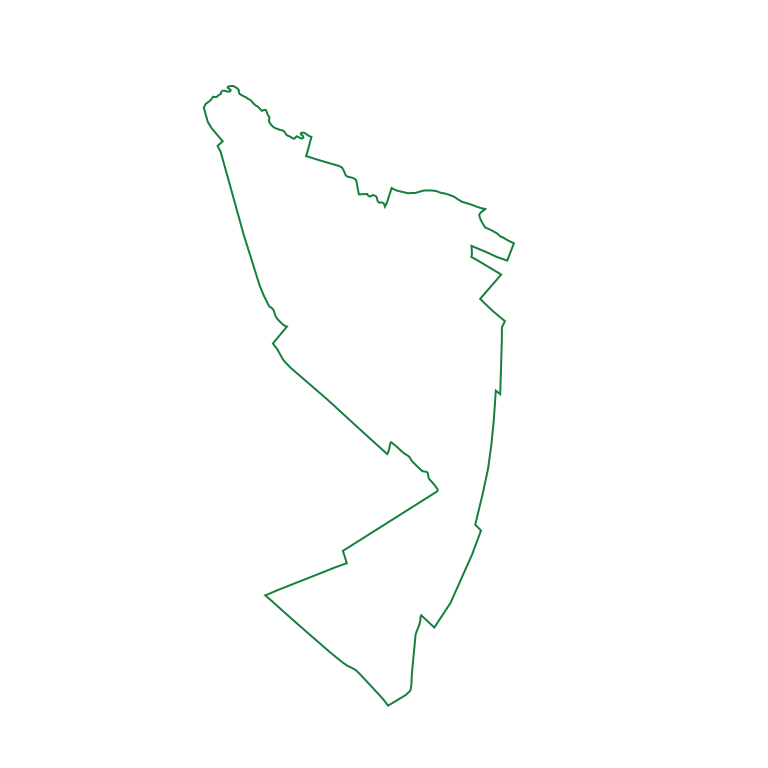 Ion Neculce, Iasi, Romania (Mercator projection), rotated 171°
{"feature_id": "2599482B50193316932914", "entity_name": "Ion Neculce", "entity_type": "district", "adm_level": 2, "iso_a3": "ROU", "parent_name": "Romania", "parent_adm1": "Iasi", "projection": "mercator", "projection_center": [26.972, 47.231], "detail": "fine", "context": "isolated", "style": "outline", "palette": "green", "viewbox_px": 768, "rotation_deg": 171, "n_neighbors": 0, "source": "geoboundaries", "source_scale": "gbopen_adm2", "svg_char_len": 3697}
<svg xmlns="http://www.w3.org/2000/svg" viewBox="0 0 768 768"><g transform="rotate(171 384 384)"><path d="M534.3,193.8L534.0,193.5L527.8,186.0L521.7,178.5L513.6,168.6L496.6,148.1L483.4,132.4L479.0,127.2L471.9,119.2L467.6,114.6L464.3,111.5L459.1,107.9L456.7,105.9L453.0,101.0L434.6,73.6L430.3,65.7L411.0,73.5L405.9,77.1L405.6,77.8L405.2,78.8L404.3,81.9L404.0,82.8L401.8,93.3L397.6,109.9L396.1,115.5L392.1,131.3L390.5,134.5L388.8,137.2L386.5,141.1L385.1,144.8L384.4,148.2L383.4,149.7L372.4,135.6L352.6,157.3L333.5,186.7L324.0,201.3L311.1,224.1L315.9,230.7L304.2,258.9L296.5,278.8L294.3,284.5L287.2,308.2L281.0,332.0L274.6,360.0L270.8,355.8L260.9,408.0L258.7,421.5L254.7,427.2L257.5,430.3L264.2,438.0L265.7,439.9L271.6,447.4L275.7,453.1L251.1,473.8L251.6,474.2L273.4,492.4L277.9,495.8L276.8,498.3L276.8,498.9L275.9,506.7L269.5,502.7L260.5,497.1L252.5,491.7L243.0,486.6L233.7,502.6L236.5,504.6L240.4,507.4L243.4,510.0L246.1,511.7L248.6,514.9L253.2,518.6L259.7,522.9L261.0,526.1L262.8,530.8L263.6,536.0L262.2,537.8L259.9,539.2L257.8,540.2L256.6,540.9L257.2,541.2L261.2,542.8L265.7,545.2L269.3,547.3L278.5,551.8L282.9,555.5L284.2,556.9L286.4,558.6L289.4,560.3L294.1,562.7L297.4,563.7L298.6,564.3L301.6,566.1L306.5,567.7L314.1,568.9L316.8,568.6L320.8,568.1L323.4,567.8L327.6,568.5L330.2,568.5L332.7,569.6L336.5,571.1L340.2,572.7L340.6,572.8L343.7,574.7L345.8,576.4L352.8,562.5L355.3,559.0L355.9,562.3L357.5,563.7L360.5,563.9L361.7,565.8L361.9,568.1L362.0,569.6L362.8,570.9L365.2,572.4L367.0,571.8L368.7,571.3L370.6,573.1L370.8,574.3L378.1,575.1L379.1,575.2L379.3,578.1L379.4,585.1L379.5,588.6L379.9,590.1L381.2,591.4L382.4,592.3L384.4,593.2L386.4,594.1L386.8,594.0L388.7,595.4L389.3,596.5L390.1,600.0L391.6,604.4L394.3,606.4L398.6,608.4L408.0,612.8L419.1,618.2L424.9,621.1L425.3,621.2L423.9,624.1L417.0,639.4L419.4,640.8L421.1,642.4L422.4,643.6L423.5,644.6L424.9,645.0L426.6,644.8L427.0,643.8L426.4,642.9L425.3,641.7L425.0,640.1L425.5,639.6L427.0,639.3L429.5,641.0L430.9,642.0L431.7,642.1L431.8,642.2L432.9,641.2L434.7,640.3L436.0,641.1L438.0,643.0L440.1,644.2L441.1,645.0L442.1,647.0L443.0,648.9L444.1,650.1L447.3,651.4L449.4,652.8L450.3,653.1L452.7,654.7L454.9,657.6L456.3,660.4L456.4,662.4L455.7,664.2L455.5,665.7L456.6,667.6L457.2,671.0L458.0,673.3L459.6,673.4L461.8,672.9L463.1,674.7L465.4,677.8L467.5,679.5L469.6,682.3L470.8,684.5L471.9,685.7L473.3,686.5L475.1,688.5L477.4,690.0L479.9,691.9L481.3,693.1L481.6,695.2L481.5,697.3L482.8,699.0L484.9,700.9L486.5,702.0L489.6,702.3L491.3,702.1L492.0,701.5L491.8,700.7L490.8,699.8L489.6,698.6L489.6,697.7L490.4,697.2L492.5,697.1L493.6,697.7L495.3,698.6L497.7,698.9L499.2,697.8L499.7,696.1L502.5,695.0L504.3,693.6L506.6,694.0L507.8,694.5L508.3,694.1L509.3,692.8L510.5,691.8L512.1,690.6L514.6,689.4L516.3,688.5L518.1,686.0L518.7,685.2L517.8,677.1L517.4,673.6L517.0,670.2L514.2,663.6L510.9,658.1L505.4,649.0L511.1,645.2L509.0,638.6L506.4,616.3L499.4,554.8L493.8,516.8L491.6,501.7L489.0,490.5L485.3,478.7L483.2,476.9L481.7,474.6L481.2,472.7L480.8,469.4L480.2,467.3L479.5,465.6L478.7,464.2L476.1,460.7L474.4,458.4L473.0,457.2L470.9,455.9L480.2,447.7L487.4,441.4L486.3,439.3L484.0,435.2L482.6,431.3L480.1,424.4L478.5,421.6L473.7,414.6L441.7,376.7L416.8,345.3L392.6,315.3L391.7,314.3L390.2,316.5L388.9,319.4L387.6,323.1L386.4,325.4L385.6,325.0L379.7,318.2L377.0,314.6L374.9,312.3L371.5,309.3L369.9,307.2L369.2,305.0L368.0,302.8L364.7,298.2L361.6,294.2L359.8,292.0L358.4,291.4L355.9,290.6L355.0,289.9L354.7,288.9L354.7,286.1L354.6,284.3L354.2,283.2L350.5,277.3L348.0,272.6L347.5,271.3L347.5,270.8L348.4,269.6L450.7,225.6L449.7,219.2L448.8,212.9L462.1,210.3L484.5,205.2L502.8,201.2L521.1,197.1L534.3,193.8Z" fill="none" stroke="#15803d" stroke-width="2"/></g></svg>